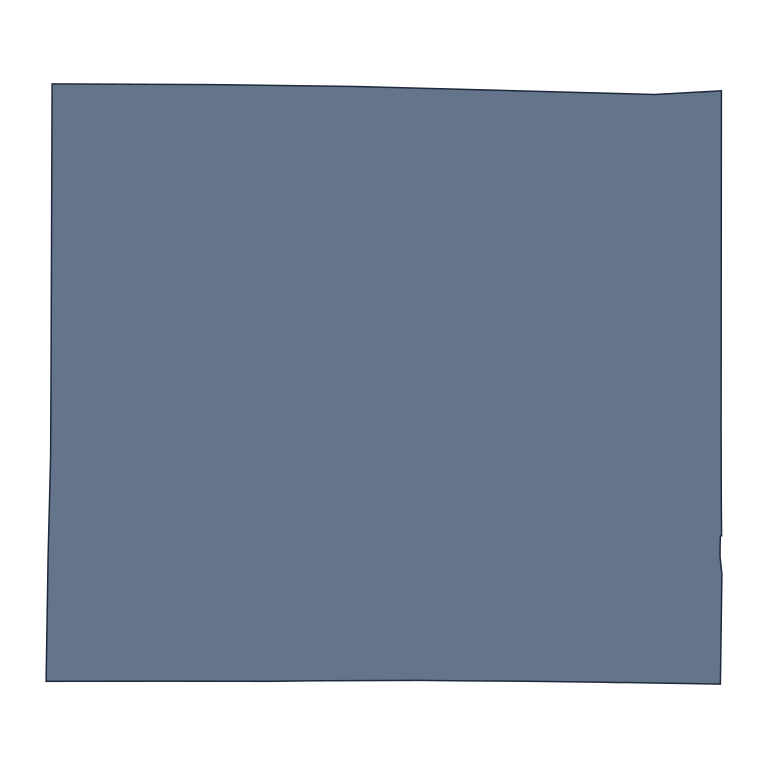 the district of Outagamie, Wisconsin, United States of America
{"feature_id": "52423323B24599611590152", "entity_name": "Outagamie", "entity_type": "district", "adm_level": 2, "iso_a3": "USA", "parent_name": "United States of America", "parent_adm1": "Wisconsin", "projection": "orthographic", "projection_center": [-88.417, 44.416], "detail": "fine", "context": "isolated", "style": "filled", "palette": "slate", "viewbox_px": 768, "rotation_deg": 0, "n_neighbors": 0, "source": "geoboundaries", "source_scale": "gbopen_adm2", "svg_char_len": 457}
<svg xmlns="http://www.w3.org/2000/svg" viewBox="0 0 768 768"><path d="M46.1,681.3L162.6,681.2L270.8,681.3L311.0,680.8L416.6,680.4L419.8,680.4L459.8,680.8L521.4,681.2L601.8,682.2L619.6,682.6L624.7,682.5L720.4,684.1L721.9,574.1L720.0,556.5L720.1,544.9L720.4,535.8L721.6,535.8L721.3,502.9L721.1,426.7L721.4,90.8L654.3,94.5L355.9,86.5L212.2,84.6L52.1,83.9L51.0,384.0L50.6,457.3L48.1,556.2L46.1,681.3Z" fill="#64748b" stroke="#1e293b" stroke-width="1.5"/></svg>